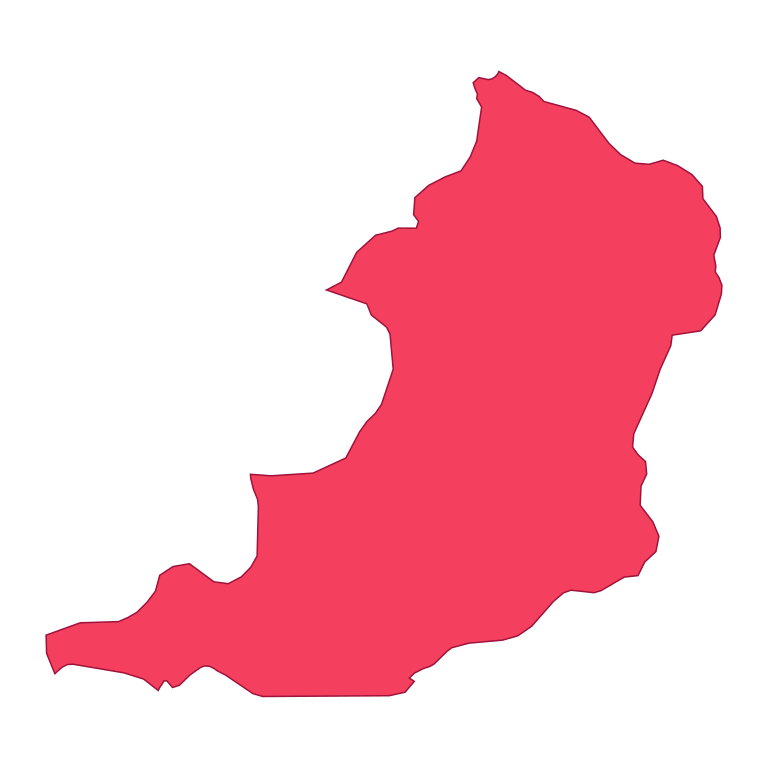 outline of Oudômxai
{"feature_id": "LAO-3290", "entity_name": "Oudômxai", "entity_type": "Province", "adm_level": 1, "iso_a3": "LAO", "parent_name": "Laos", "parent_adm1": "", "projection": "orthographic", "projection_center": [101.644, 20.521], "detail": "fine", "context": "isolated", "style": "filled", "palette": "rose", "viewbox_px": 768, "rotation_deg": 0, "n_neighbors": 0, "source": "natural_earth", "source_scale": "10m", "svg_char_len": 1850}
<svg xmlns="http://www.w3.org/2000/svg" viewBox="0 0 768 768"><path d="M488.2,79.6L492.0,78.9L495.4,76.6L497.9,73.8L498.8,71.5L506.4,75.5L525.5,90.2L532.8,92.5L539.3,96.6L543.9,101.5L576.3,110.4L589.2,117.2L608.8,143.2L620.6,154.6L634.9,163.1L649.1,164.3L663.2,160.2L677.6,165.6L692.0,174.6L702.4,186.4L702.9,198.7L716.4,216.5L720.1,227.9L720.4,237.4L713.8,255.2L715.8,265.9L715.3,271.9L719.0,277.6L721.9,285.3L721.4,294.0L715.1,314.9L700.7,330.8L672.2,335.2L670.8,345.7L660.1,369.4L652.0,393.5L633.8,433.7L632.6,447.1L638.2,454.9L645.5,461.5L646.7,474.0L641.0,486.2L640.2,505.3L652.9,521.9L658.9,536.3L655.9,551.6L644.8,561.9L638.0,575.6L624.2,577.1L600.9,590.7L594.0,592.7L571.0,590.2L563.5,592.8L553.4,601.5L531.8,626.1L517.8,635.8L502.7,640.1L468.6,643.2L451.6,647.8L446.7,651.6L434.3,663.8L430.1,666.4L423.7,668.4L414.6,673.0L409.3,678.0L414.3,681.4L405.1,692.2L389.3,695.7L262.7,696.5L252.9,693.6L225.6,675.1L217.6,671.0L214.0,668.5L209.6,666.3L204.2,666.0L200.3,667.6L189.8,675.1L179.4,685.3L172.5,687.5L166.9,680.9L163.8,680.9L162.6,683.3L159.8,687.4L158.2,690.5L143.7,679.1L124.1,672.9L72.9,664.2L67.1,664.6L61.8,667.4L54.9,673.7L46.6,653.4L46.1,635.1L80.2,622.8L118.6,621.6L127.9,617.5L136.9,612.3L147.0,602.3L155.5,591.1L159.7,575.3L172.9,566.6L189.4,563.7L213.9,581.8L228.2,583.7L241.4,576.8L250.9,567.1L257.1,556.0L258.4,506.2L257.5,499.1L253.4,489.2L250.9,479.0L250.4,474.3L271.0,475.8L313.0,473.1L345.8,458.0L359.7,431.7L367.0,421.4L375.1,413.7L381.5,404.4L393.2,369.2L390.0,334.1L386.6,327.2L371.3,315.0L366.9,303.9L326.5,290.0L341.5,282.1L356.6,252.4L375.6,235.2L391.7,231.2L398.3,228.1L416.3,228.2L418.6,221.4L413.6,214.7L414.9,197.6L428.8,185.3L444.9,177.0L461.1,170.8L470.2,157.0L476.7,141.0L481.6,107.0L476.7,98.6L477.4,94.1L474.7,87.8L473.2,82.7L478.8,77.6L488.2,79.6Z" fill="#f43f5e" stroke="#9f1239" stroke-width="1.5"/></svg>